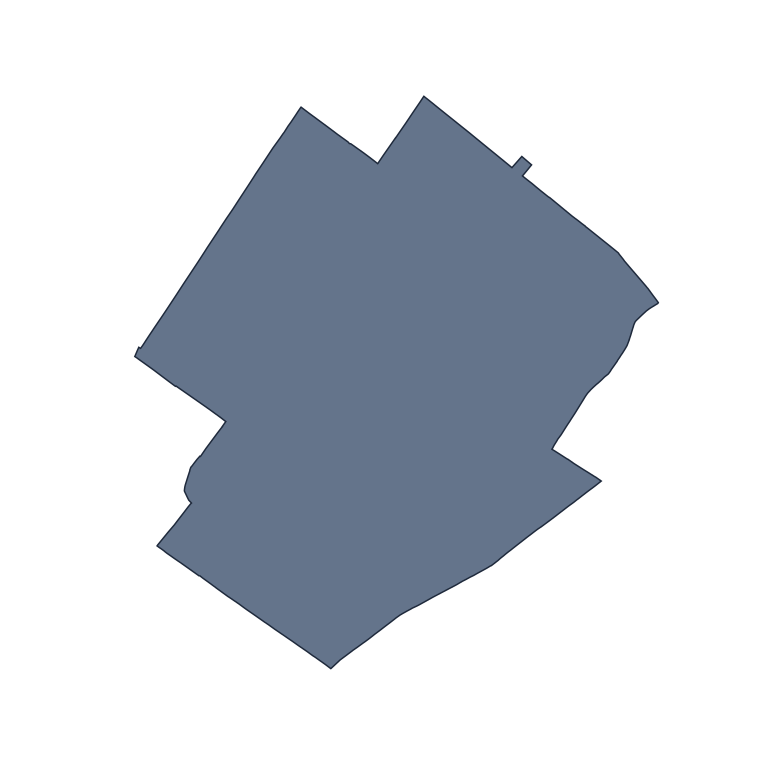 the district of Pogoanele, Buzau, Romania, rotated 283°
{"feature_id": "2599482B73439197946852", "entity_name": "Pogoanele", "entity_type": "district", "adm_level": 2, "iso_a3": "ROU", "parent_name": "Romania", "parent_adm1": "Buzau", "projection": "mercator", "projection_center": [26.983, 44.903], "detail": "fine", "context": "isolated", "style": "filled", "palette": "slate", "viewbox_px": 768, "rotation_deg": 283, "n_neighbors": 0, "source": "geoboundaries", "source_scale": "gbopen_adm2", "svg_char_len": 4356}
<svg xmlns="http://www.w3.org/2000/svg" viewBox="0 0 768 768"><g transform="rotate(283 384 384)"><path d="M525.0,633.0L526.9,630.8L528.7,628.7L530.6,626.4L532.0,624.8L533.1,623.5L534.1,622.4L535.2,621.1L536.5,619.6L537.0,618.8L538.3,617.2L540.8,613.8L553.9,596.0L557.9,590.6L559.2,589.2L563.3,584.0L564.4,582.9L566.6,578.5L572.5,566.3L581.6,547.4L582.8,544.8L583.1,544.6L583.3,544.2L583.5,543.8L583.9,542.7L584.4,541.7L584.8,540.7L585.7,538.9L586.1,538.0L587.8,534.3L588.4,532.8L588.8,532.0L589.1,531.3L590.1,529.1L603.0,503.3L603.1,502.5L607.8,492.7L610.5,487.3L611.5,485.4L612.9,482.6L613.9,480.4L615.1,477.8L616.4,475.1L617.9,472.1L621.0,473.7L630.7,478.5L632.8,474.5L636.7,467.1L623.6,460.0L633.1,440.8L637.0,432.8L645.5,415.6L647.3,412.0L664.4,376.5L670.6,363.8L672.6,359.5L673.2,358.4L673.3,358.1L669.8,356.8L667.9,356.1L654.5,350.9L643.2,346.6L632.6,342.4L626.2,339.9L626.3,339.8L606.4,331.8L597.3,328.3L601.4,319.4L604.4,312.6L605.2,310.7L610.6,297.6L610.5,296.2L611.7,294.6L614.0,289.2L614.1,288.9L615.5,285.6L616.0,284.5L616.4,283.4L622.1,270.6L631.1,249.8L635.1,240.9L634.5,240.6L632.7,239.9L629.6,238.7L626.3,237.5L617.9,234.3L613.9,232.6L606.5,230.0L605.3,229.4L600.2,227.4L589.1,222.7L579.4,219.1L572.4,216.5L559.8,211.7L556.0,210.4L555.5,210.2L546.9,207.1L536.9,203.4L529.0,200.5L520.2,197.3L509.2,193.0L498.7,189.1L497.5,188.7L476.3,180.8L474.8,180.3L465.1,176.8L461.8,175.6L436.7,166.2L424.1,161.6L406.9,155.2L402.7,153.6L399.3,152.3L393.4,150.0L386.4,147.3L383.7,146.3L379.0,144.5L372.8,142.2L369.7,141.1L366.8,140.0L364.9,139.2L364.0,138.8L364.1,138.4L364.6,136.8L360.3,136.0L354.7,135.0L354.5,135.6L348.1,151.0L346.0,156.0L342.3,164.3L338.2,173.5L334.8,181.3L335.2,181.8L334.8,182.9L334.6,183.3L329.0,197.3L320.1,219.3L314.3,232.9L311.8,238.3L310.6,237.8L306.0,235.9L305.9,236.1L305.5,235.8L298.7,232.7L281.1,225.0L272.7,221.7L272.0,221.2L272.2,220.8L268.5,218.8L264.4,216.9L262.6,216.1L261.2,215.5L259.8,214.7L258.8,214.4L258.1,214.4L257.1,214.2L255.7,214.3L250.0,213.8L240.9,213.1L238.7,213.1L236.6,213.3L235.1,213.5L234.5,213.8L229.2,218.0L228.1,218.9L226.9,219.9L224.7,223.2L224.2,222.9L224.0,222.7L222.2,221.8L221.8,221.6L220.4,220.9L217.3,219.5L212.9,217.5L205.1,213.9L199.1,211.2L198.2,210.7L191.1,207.0L176.5,199.8L175.2,199.3L174.2,201.6L172.6,205.7L172.5,205.8L172.4,206.0L172.3,206.3L171.9,207.2L171.7,207.6L171.4,208.1L170.2,210.7L168.4,215.2L166.7,219.3L165.7,221.9L165.5,222.3L165.2,223.1L164.6,224.7L162.7,229.4L155.9,245.9L155.5,246.8L155.7,247.7L154.1,251.1L150.3,260.1L146.9,267.8L144.1,274.4L141.8,279.8L141.7,280.2L137.0,292.3L134.9,297.1L133.5,300.4L131.0,306.7L129.4,310.7L126.8,317.1L125.0,321.5L123.5,325.5L120.4,332.9L112.5,353.1L109.9,359.4L106.0,369.3L103.2,375.8L102.4,378.1L100.0,383.9L97.5,390.0L94.7,396.2L94.8,396.3L105.2,403.3L105.6,403.6L111.0,408.2L114.1,410.8L116.7,413.0L117.5,413.6L121.7,417.4L126.9,421.9L129.0,423.8L130.3,424.9L133.0,427.2L137.9,431.1L143.7,436.0L148.0,439.5L154.0,444.5L159.1,448.6L162.8,451.9L163.5,452.7L164.3,453.5L168.1,457.7L170.8,460.8L171.9,461.9L175.1,466.0L176.8,468.0L187.2,479.5L189.2,481.8L204.8,499.9L209.3,504.6L211.8,507.6L215.2,511.4L217.7,514.5L220.3,517.3L223.5,520.9L227.7,525.6L230.8,528.8L231.1,529.4L237.7,534.8L240.3,536.6L241.7,537.7L243.3,539.0L245.6,540.7L248.5,543.0L251.0,545.1L253.3,546.9L266.8,557.8L276.8,566.1L280.9,569.9L289.0,576.8L294.9,581.7L306.6,591.3L311.4,595.5L314.6,598.0L315.7,599.0L319.2,601.8L323.6,605.4L326.6,607.9L329.5,610.4L331.9,612.4L332.5,612.9L338.3,617.5L340.8,611.4L341.1,610.4L341.2,610.0L345.7,597.0L349.2,587.1L351.9,580.5L351.9,580.4L352.1,580.0L352.0,579.8L355.6,569.8L358.2,562.3L359.1,562.6L359.3,562.7L362.5,563.5L366.3,564.8L366.5,564.9L368.1,565.4L369.2,565.7L374.4,568.0L381.0,570.3L385.5,571.9L389.7,573.5L391.5,574.1L398.6,576.7L414.8,582.2L415.8,582.5L418.3,583.4L420.9,584.5L425.2,586.9L427.8,588.6L431.3,591.0L433.2,592.5L435.5,594.1L437.3,595.3L440.5,597.3L443.7,599.9L444.4,600.4L445.1,600.7L447.2,601.6L447.5,601.7L449.6,602.4L453.2,603.9L455.9,605.0L458.6,606.1L459.3,606.2L463.7,607.9L464.7,608.2L467.7,609.4L472.3,611.0L472.9,611.2L475.5,612.0L476.3,612.2L481.9,613.0L481.9,612.9L487.0,613.4L495.0,613.9L495.4,614.0L497.8,614.1L500.6,614.6L501.7,615.0L503.1,615.8L509.2,619.8L514.2,623.2L516.7,625.3L518.1,626.6L524.1,632.7L525.0,633.0Z" fill="#64748b" stroke="#1e293b" stroke-width="1.5"/></g></svg>